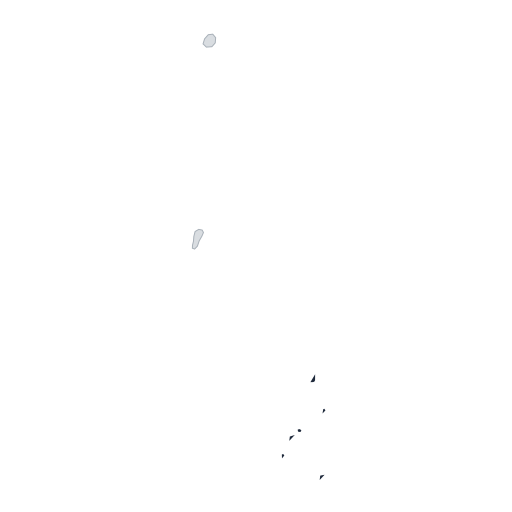 Maldives, with Baa highlighted, rotated 178°
{"feature_id": "MDV-5228", "entity_name": "Baa", "entity_type": "Atoll", "adm_level": 1, "iso_a3": "MDV", "parent_name": "Maldives", "parent_adm1": "", "projection": "orthographic", "projection_center": [73.003, 5.117], "detail": "coarse", "context": "in_parent", "style": "outline", "palette": "slate", "viewbox_px": 512, "rotation_deg": 178, "n_neighbors": 0, "source": "natural_earth", "source_scale": "10m", "svg_char_len": 868}
<svg xmlns="http://www.w3.org/2000/svg" viewBox="0 0 512 512"><g transform="rotate(178 256 256)"><path d="M316.0,282.6L312.3,284.6L308.9,283.8L307.7,281.3L309.4,277.7L312.3,273.0L314.2,267.9L317.1,265.1L319.3,266.0L319.1,268.9L318.0,272.8L317.4,277.9L316.0,282.6ZM296.0,478.8L291.5,479.2L288.7,475.6L289.3,470.4L292.8,466.7L298.3,466.5L301.5,469.8L299.8,474.8L296.0,478.8Z" fill="#d9dde1" stroke="#a8b0b8" stroke-width="1"/><path d="M204.2,129.0L202.2,132.1L202.3,130.0L202.8,129.2L203.5,129.0L204.2,129.0ZM218.8,78.9L218.8,79.0L219.0,79.6L219.3,80.0L219.3,80.3L218.5,80.4L218.0,79.9L218.2,79.6L218.6,79.4L218.8,78.9ZM227.7,73.0L227.6,73.6L226.9,73.8L227.7,73.0ZM236.1,55.5L236.1,56.0L235.4,56.3L236.1,55.5ZM198.7,32.8L198.6,33.4L198.0,33.5L198.7,32.8ZM193.4,99.3L193.3,99.8L193.0,99.9L192.7,100.0L193.4,99.3Z" fill="none" stroke="#1e293b" stroke-width="2"/></g></svg>